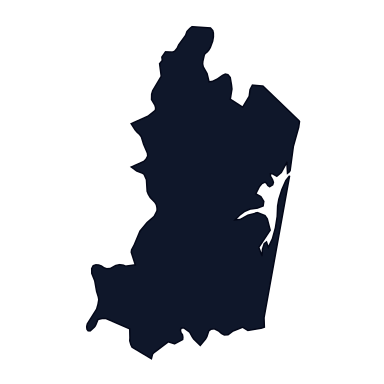 outline of Aveiro, rotated 178°
{"feature_id": "PRT-739", "entity_name": "Aveiro", "entity_type": "District", "adm_level": 1, "iso_a3": "PRT", "parent_name": "Portugal", "parent_adm1": "", "projection": "orthographic", "projection_center": [-8.444, 40.685], "detail": "fine", "context": "isolated", "style": "filled", "palette": "ink", "viewbox_px": 384, "rotation_deg": 178, "n_neighbors": 0, "source": "natural_earth", "source_scale": "10m", "svg_char_len": 2553}
<svg xmlns="http://www.w3.org/2000/svg" viewBox="0 0 384 384"><g transform="rotate(178 192 192)"><path d="M82.1,258.7L83.1,253.0L89.1,234.1L93.2,210.0L94.1,208.7L95.9,207.4L96.1,216.2L95.8,219.0L102.1,208.4L106.7,204.8L111.1,207.5L113.0,207.5L113.0,204.9L112.3,203.8L111.1,201.5L110.3,198.8L111.1,196.4L114.2,194.6L116.0,195.9L117.2,198.1L118.7,199.3L121.8,198.0L124.5,195.0L128.3,188.0L123.3,184.9L120.6,180.1L121.4,175.6L127.3,173.6L134.5,172.9L140.2,170.7L145.1,167.3L150.0,162.6L144.7,162.9L136.8,166.9L130.1,168.3L128.9,168.9L127.2,169.1L119.9,165.9L117.7,162.5L115.2,151.1L127.2,134.3L124.2,125.5L123.6,132.3L121.6,137.9L119.3,139.5L117.7,134.0L113.3,142.4L109.9,153.2L107.7,164.6L106.9,175.1L105.5,181.7L102.1,191.3L97.8,200.2L93.9,204.8L124.4,63.8L124.4,54.4L127.4,53.5L141.0,51.7L146.1,55.1L156.1,51.5L160.9,48.1L164.7,48.0L167.5,49.6L170.1,52.1L174.5,54.5L177.8,54.2L180.1,52.6L182.2,46.9L183.6,44.6L189.1,38.4L195.5,45.1L196.9,47.4L199.2,52.0L204.8,56.4L207.4,56.4L208.4,54.6L208.0,51.9L206.5,49.6L206.2,47.1L206.5,44.9L214.7,40.9L220.9,43.1L236.0,32.5L237.1,31.3L238.4,26.8L257.3,39.0L258.4,41.5L259.4,45.5L259.1,48.3L259.0,57.4L282.5,68.6L286.3,68.7L290.4,67.9L292.6,63.0L293.4,61.5L294.3,60.4L298.5,56.8L300.6,56.9L301.7,58.4L301.9,60.1L301.9,61.2L301.8,61.7L301.2,63.9L291.4,78.3L289.9,82.9L288.9,87.7L289.3,90.5L290.8,96.0L292.3,106.7L295.0,114.1L294.9,119.0L293.3,121.8L290.6,122.6L287.8,122.3L285.1,121.2L282.7,119.4L280.0,118.3L276.3,118.4L270.8,121.2L267.0,121.9L263.3,121.3L260.9,120.2L251.2,121.2L254.8,133.9L254.4,136.3L251.6,141.1L245.3,154.8L237.9,163.1L230.7,168.9L227.7,174.3L227.5,176.1L227.6,178.0L228.1,180.6L229.5,183.1L233.9,187.9L235.8,191.4L236.8,194.3L237.1,205.9L239.3,211.4L240.8,212.5L246.5,214.9L251.8,219.1L239.0,224.3L236.8,226.4L235.0,229.5L235.2,232.4L238.7,241.4L240.7,248.9L242.5,251.5L244.7,253.6L246.7,256.1L250.4,262.4L233.2,269.4L225.8,274.9L225.4,277.3L226.0,280.0L229.2,285.8L228.9,291.2L227.7,294.7L218.7,308.7L219.9,321.4L217.1,324.5L217.4,327.9L213.6,333.0L206.7,332.5L204.5,333.2L201.8,336.2L200.1,339.6L192.9,348.8L191.4,352.6L188.5,355.5L186.2,357.2L167.8,355.3L165.6,352.6L165.1,350.1L165.2,346.3L166.1,342.0L168.7,335.7L170.4,333.1L172.0,331.4L173.0,330.7L174.4,329.5L175.0,328.3L176.6,322.2L176.9,319.6L176.4,316.7L172.8,309.8L171.1,301.5L167.5,301.9L162.6,304.1L157.4,307.5L154.6,308.7L152.0,308.0L149.8,305.1L148.8,297.6L148.5,293.5L150.5,283.4L138.4,275.0L131.5,285.6L130.4,292.3L127.9,296.7L117.4,295.4L82.7,259.6L82.1,258.7Z" fill="#0f172a" stroke="#020617" stroke-width="1.5"/></g></svg>